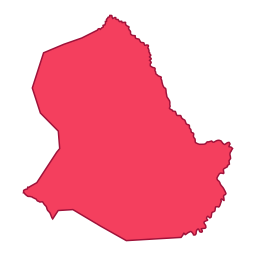 San Sebastian, Lempira, Honduras (Mercator projection)
{"feature_id": "27666195B86153124151915", "entity_name": "San Sebastian", "entity_type": "district", "adm_level": 2, "iso_a3": "HND", "parent_name": "Honduras", "parent_adm1": "Lempira", "projection": "mercator", "projection_center": [-88.697, 14.352], "detail": "fine", "context": "isolated", "style": "filled", "palette": "rose", "viewbox_px": 256, "rotation_deg": 0, "n_neighbors": 0, "source": "geoboundaries", "source_scale": "gbopen_adm2", "svg_char_len": 5813}
<svg xmlns="http://www.w3.org/2000/svg" viewBox="0 0 256 256"><path d="M23.4,192.8L24.3,193.0L25.3,194.4L27.6,196.2L28.2,196.4L30.2,196.5L32.1,197.0L32.3,197.1L32.7,197.5L33.5,197.8L34.5,198.4L35.4,198.7L35.8,198.9L36.4,199.5L37.3,200.8L37.6,201.0L38.5,201.2L39.5,201.9L40.1,202.0L41.9,201.8L42.3,201.8L42.7,202.0L43.1,202.6L44.4,204.6L45.9,206.1L46.2,206.5L46.6,207.4L47.0,208.9L47.3,209.7L47.7,210.4L49.2,212.0L50.1,213.2L50.6,214.4L51.7,217.3L52.2,218.2L52.7,218.9L58.2,210.5L72.9,209.6L100.4,226.0L126.3,240.6L181.1,237.4L182.9,235.0L183.3,234.0L183.7,233.3L184.0,233.3L184.3,233.4L184.7,233.8L184.9,234.4L185.2,234.6L185.5,234.6L188.0,232.7L190.2,231.6L190.6,231.5L191.0,231.6L191.3,231.7L192.1,232.4L193.2,233.9L193.4,234.6L193.5,234.9L194.1,235.0L194.8,235.0L195.4,234.7L195.9,234.0L196.1,233.5L196.2,231.9L196.5,230.8L197.1,229.7L197.6,229.2L198.1,229.0L198.4,229.1L198.6,229.2L199.1,230.2L199.6,231.4L199.9,231.8L200.8,232.1L201.7,232.1L201.9,232.0L202.2,231.7L202.3,231.4L202.3,231.0L202.2,230.6L201.5,229.4L201.3,229.0L201.4,228.7L201.8,228.6L204.7,228.3L205.3,228.1L205.8,227.6L205.9,227.2L205.6,225.4L204.3,223.6L204.1,223.0L204.0,222.4L204.2,221.9L204.7,221.5L206.1,220.8L207.3,220.4L207.6,220.1L207.5,219.7L206.8,219.1L206.6,218.5L206.6,217.8L207.0,217.0L207.5,216.4L207.9,216.3L209.9,217.9L210.4,217.6L211.1,217.1L211.2,216.6L211.7,213.4L211.8,212.9L212.1,212.5L212.4,212.2L213.8,211.7L214.8,211.0L214.9,210.7L215.1,210.0L215.3,208.0L215.6,207.0L216.0,206.8L216.9,206.7L217.6,206.7L218.6,207.0L219.0,206.8L219.3,206.4L219.9,205.3L220.7,202.8L221.2,201.5L221.3,201.0L221.0,200.4L220.9,200.0L220.9,199.6L221.1,199.2L221.5,199.0L222.0,199.1L222.4,199.3L223.6,200.4L223.8,200.4L224.0,200.4L224.0,199.4L223.6,196.5L223.6,196.0L223.9,195.5L224.3,195.0L224.5,194.9L225.1,194.7L225.5,194.4L225.9,193.7L225.9,193.3L225.2,191.6L223.4,188.2L222.5,187.0L221.2,185.5L220.5,184.4L220.1,183.6L219.8,182.6L219.6,182.2L218.8,181.1L217.7,180.2L217.4,179.7L217.0,178.9L217.0,178.0L217.2,177.4L218.3,175.5L219.1,174.1L219.8,173.4L220.3,173.2L220.8,173.1L222.1,173.2L223.2,173.5L223.5,173.5L223.7,173.3L223.8,173.1L223.8,172.7L223.4,170.1L223.4,169.5L223.6,169.1L224.1,168.6L227.3,166.8L227.5,166.4L227.4,165.8L227.5,165.5L229.4,164.1L229.0,160.8L229.9,159.4L230.5,158.7L230.6,158.4L230.3,156.1L229.9,154.8L230.0,153.3L230.5,152.0L231.1,151.3L231.2,150.8L232.6,148.5L231.2,147.2L229.0,146.6L229.4,145.0L229.9,144.3L230.0,144.0L229.7,143.2L229.1,142.4L228.5,142.4L228.0,142.5L227.2,142.8L225.2,144.2L224.7,144.4L224.4,144.4L223.8,144.1L222.8,143.3L221.0,140.9L220.1,140.6L219.2,140.3L218.1,140.3L217.1,140.5L216.1,140.9L214.4,141.9L213.5,142.2L213.2,142.2L212.4,141.8L212.1,141.5L211.8,141.1L211.6,141.0L208.5,141.9L207.3,141.9L206.9,142.1L206.3,142.9L205.4,143.7L204.8,144.0L204.0,144.2L201.0,144.3L199.3,144.3L198.2,143.9L197.0,143.4L196.2,143.0L195.5,142.4L195.3,142.1L195.2,141.6L195.1,139.6L195.0,139.0L194.8,138.7L193.9,137.6L193.6,137.1L193.4,135.9L193.5,135.5L193.7,134.4L193.7,134.0L193.6,133.5L193.4,133.2L191.4,132.3L191.0,131.0L190.9,129.9L190.8,129.5L190.6,129.2L190.0,128.7L189.5,128.0L189.4,125.7L189.3,125.3L188.5,124.8L187.1,124.4L186.4,123.9L186.1,123.6L185.7,122.4L184.9,120.3L184.1,119.7L182.8,119.0L182.2,118.5L181.5,117.6L181.3,117.2L181.1,116.3L180.6,115.6L180.1,115.5L178.2,115.5L177.3,115.5L177.0,115.3L176.8,115.1L176.5,114.7L175.8,112.6L175.4,111.5L175.1,111.4L174.0,111.3L172.7,111.0L172.5,110.8L172.4,110.3L172.2,110.1L170.8,109.4L170.0,108.9L169.5,108.5L169.5,108.2L169.6,107.5L170.1,106.4L170.1,106.0L169.8,104.7L169.8,104.0L169.9,102.8L169.7,101.5L169.5,100.8L168.9,99.8L167.3,97.4L166.8,96.5L166.7,95.3L166.1,92.3L166.0,90.3L165.7,88.7L165.3,88.2L164.5,87.9L164.0,87.4L163.3,86.2L162.8,85.2L162.1,82.6L161.7,80.3L161.0,78.7L161.0,78.1L161.2,77.5L161.2,77.2L160.7,76.8L158.3,75.9L157.1,74.8L156.0,73.9L155.7,73.2L155.7,72.1L154.9,70.6L155.1,68.8L155.0,68.4L154.9,68.2L154.3,67.8L152.5,67.4L151.9,66.9L150.7,66.2L150.4,66.0L150.3,65.8L150.2,64.4L150.4,63.5L150.6,63.2L151.1,63.0L151.2,62.7L151.1,62.2L150.8,61.7L150.1,60.8L149.6,60.3L150.9,59.3L151.2,58.9L151.2,58.7L151.0,58.3L150.2,57.6L149.6,57.2L149.5,56.7L149.7,56.4L150.3,56.1L150.5,55.8L150.7,55.4L150.8,55.2L150.5,54.6L149.8,53.9L149.6,53.4L149.6,52.8L149.6,52.6L149.0,52.0L148.9,51.5L149.0,50.5L148.7,49.6L148.5,48.8L148.0,48.3L147.9,47.9L147.9,47.1L148.3,46.6L148.4,46.2L148.4,45.7L148.3,45.4L147.9,45.1L147.0,45.0L146.4,45.0L145.5,45.3L145.0,45.3L144.7,45.2L144.4,44.7L144.1,43.6L143.8,42.9L143.4,42.7L141.3,42.4L140.8,42.2L140.4,41.7L139.6,40.2L138.9,39.1L138.6,39.0L137.7,38.9L136.4,38.5L135.9,38.3L135.6,38.1L135.4,37.8L135.3,37.4L135.2,36.5L135.2,35.9L135.1,35.7L134.4,35.6L133.2,35.5L132.5,35.4L131.7,35.0L130.9,34.4L130.6,33.9L130.5,31.5L130.0,30.7L129.2,29.9L128.6,28.5L128.6,27.9L129.0,27.2L128.9,26.8L128.7,26.6L128.2,26.5L127.2,26.0L126.3,25.3L126.0,25.0L125.8,24.7L125.5,23.6L125.5,23.1L125.6,22.6L125.5,22.4L125.3,22.3L124.9,22.3L122.2,22.6L121.7,21.3L121.1,21.2L120.2,21.5L119.4,21.5L118.0,19.5L117.7,19.5L116.9,19.5L115.9,19.1L115.7,17.6L115.1,17.5L114.8,17.5L112.8,18.5L112.5,18.1L112.1,17.2L112.0,16.8L112.0,16.1L111.8,15.7L111.5,15.5L111.2,15.4L110.0,15.4L109.8,15.4L109.7,15.6L109.8,16.2L109.5,16.8L108.1,17.3L107.5,18.3L106.9,18.9L106.6,19.3L106.4,20.0L106.6,20.6L106.5,21.3L105.4,21.5L105.5,23.2L105.1,24.1L105.0,24.7L104.8,24.9L103.1,25.3L103.0,25.5L103.3,26.1L103.2,27.0L101.7,27.9L101.0,28.6L100.3,29.3L99.9,28.9L99.5,28.7L99.0,28.7L98.5,28.8L98.2,29.0L97.9,29.3L97.5,30.1L81.8,38.0L63.8,44.3L43.6,52.8L32.3,88.0L40.4,113.0L58.3,131.1L59.7,148.6L56.8,152.1L36.8,182.7L29.7,186.7L29.5,187.0L29.2,187.2L28.7,187.3L28.1,187.1L27.8,187.1L27.6,187.4L27.7,188.2L27.5,188.8L26.3,189.2L25.7,189.3L24.1,190.1L23.8,190.3L23.6,190.7L23.6,191.8L23.4,192.8Z" fill="#f43f5e" stroke="#9f1239" stroke-width="1.5"/></svg>